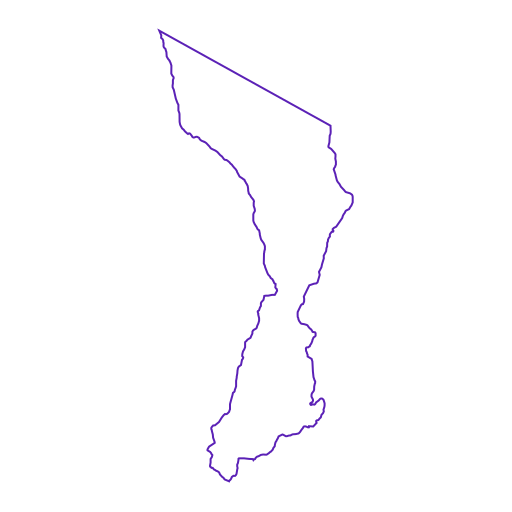 outline of Oreamuno, Cartago, Costa Rica
{"feature_id": "36466004B47119988095233", "entity_name": "Oreamuno", "entity_type": "district", "adm_level": 2, "iso_a3": "CRI", "parent_name": "Costa Rica", "parent_adm1": "Cartago", "projection": "robinson", "projection_center": [-83.868, 9.997], "detail": "fine", "context": "isolated", "style": "outline", "palette": "violet", "viewbox_px": 512, "rotation_deg": 0, "n_neighbors": 0, "source": "geoboundaries", "source_scale": "gbopen_adm2", "svg_char_len": 6096}
<svg xmlns="http://www.w3.org/2000/svg" viewBox="0 0 512 512"><path d="M330.5,125.7L159.3,30.7L161.3,35.4L161.1,37.8L162.6,39.2L163.2,40.4L163.3,42.2L163.6,43.0L163.5,46.1L163.8,47.1L164.2,47.7L165.5,49.0L165.9,50.7L166.4,52.1L166.7,56.5L168.0,58.8L169.6,60.7L169.6,61.1L170.4,62.5L171.4,65.6L171.3,73.6L172.3,75.6L173.4,76.9L173.6,77.4L173.6,78.3L173.0,79.7L172.9,80.7L172.9,83.5L172.6,85.3L172.6,87.2L173.8,89.8L175.8,98.6L177.4,102.9L178.4,104.8L178.4,110.5L179.3,112.9L179.5,114.1L179.6,121.9L180.1,124.5L180.5,125.5L182.1,128.4L183.7,129.7L184.9,131.3L187.4,133.6L188.0,134.0L188.8,133.4L189.6,133.4L190.1,133.7L191.8,135.8L192.1,136.5L192.6,137.1L193.4,137.5L194.1,137.5L196.1,136.8L197.0,136.8L198.5,137.5L199.1,137.9L199.8,139.3L200.9,140.3L202.1,141.0L204.1,141.7L204.3,142.0L204.7,142.0L206.3,143.1L209.5,146.5L210.7,148.2L211.6,148.8L215.4,150.6L217.4,152.0L220.2,155.1L222.0,156.5L224.1,159.3L224.9,159.8L226.5,160.0L227.4,160.6L229.5,162.3L230.4,163.5L231.9,164.7L232.5,165.6L234.3,167.8L235.4,168.9L236.8,170.9L237.0,171.8L239.6,176.6L242.7,178.6L243.3,179.2L244.4,179.7L244.7,180.8L245.0,181.0L246.3,183.5L246.9,184.2L247.2,185.1L247.4,185.3L247.7,186.0L248.1,188.5L248.2,190.8L248.5,192.1L248.7,192.6L248.7,193.3L249.2,194.1L249.9,194.8L251.2,197.1L253.4,199.8L254.0,201.3L253.7,202.8L253.7,205.8L254.7,208.8L254.9,210.6L254.8,211.2L253.6,213.3L253.3,214.5L253.3,220.4L253.6,221.8L254.8,224.4L255.0,224.5L255.9,226.1L256.2,226.3L257.5,229.0L257.8,229.4L259.1,230.3L259.8,233.6L259.8,234.6L260.7,238.3L261.2,239.7L263.5,242.9L264.3,244.5L264.9,246.2L264.9,249.5L264.6,250.0L264.6,250.7L264.3,251.2L264.3,252.2L264.0,253.4L263.8,263.5L264.9,265.9L265.1,267.1L267.4,273.0L268.2,274.6L269.8,276.3L270.7,278.0L272.5,279.3L272.8,280.1L273.3,280.7L273.3,281.1L273.7,281.7L274.2,283.0L274.8,283.6L275.5,283.8L275.6,284.6L275.3,287.3L276.0,288.5L276.8,289.1L277.1,290.8L274.8,294.9L271.9,294.9L268.0,295.7L265.7,295.7L264.3,295.9L263.5,299.8L261.2,302.4L260.9,303.4L260.9,306.0L260.0,307.4L259.0,310.4L257.9,311.1L257.7,311.7L258.0,313.0L258.4,313.8L258.2,314.5L259.1,318.1L259.1,320.8L258.3,323.5L257.2,325.9L256.7,327.8L256.0,328.6L253.7,329.9L252.9,330.7L252.4,331.8L252.4,333.4L252.2,334.0L251.3,335.8L250.5,337.8L247.4,339.7L246.6,340.8L245.3,341.9L245.1,342.4L245.1,347.2L244.2,349.4L243.0,351.4L242.3,354.1L242.2,356.1L243.2,357.3L243.2,357.8L242.7,359.0L242.0,359.8L241.0,365.0L238.8,366.6L238.0,368.0L237.5,370.6L237.3,373.4L236.7,376.8L236.7,377.7L236.1,380.8L236.1,386.3L235.6,387.9L234.9,389.7L234.6,391.3L234.2,391.9L233.0,392.8L232.8,393.5L232.6,394.6L230.2,403.3L230.0,404.3L230.0,409.3L229.6,410.2L229.1,411.8L227.7,413.3L226.8,414.0L225.6,414.2L225.0,414.0L223.7,415.1L221.8,417.5L219.0,422.0L215.0,425.3L213.1,425.5L211.8,427.0L211.3,427.9L211.3,429.1L211.8,430.1L211.8,430.7L212.8,434.5L213.1,437.7L214.4,441.3L214.7,442.3L214.7,442.9L209.1,446.6L207.8,448.8L207.4,450.0L207.6,450.4L210.1,451.9L211.1,453.1L211.5,454.1L212.3,454.9L212.3,455.5L211.7,457.4L210.7,458.7L210.6,459.2L210.6,462.6L210.0,465.8L210.1,466.6L211.1,467.3L211.5,467.9L212.7,467.9L213.9,469.4L215.3,470.1L216.2,470.8L217.4,471.2L218.8,472.1L219.6,473.4L219.9,474.4L222.2,476.9L223.5,477.8L224.2,478.9L224.8,479.5L229.1,481.3L229.4,480.5L230.2,480.0L231.1,478.8L231.8,477.0L233.4,475.8L235.0,475.9L235.8,475.2L236.5,473.9L237.3,469.1L237.6,468.1L237.2,466.2L237.2,464.6L237.9,463.1L238.4,460.4L238.5,458.7L239.0,458.3L243.8,458.3L249.0,458.9L253.0,459.1L253.4,460.0L253.7,459.6L255.0,459.1L255.6,458.0L256.5,457.1L257.2,456.6L258.6,456.2L260.9,454.9L263.2,454.5L264.1,454.5L264.9,454.7L266.4,454.7L266.9,454.5L269.2,452.9L269.7,452.3L270.8,451.7L272.7,449.7L273.4,447.9L274.7,446.3L274.9,444.7L275.5,442.3L276.5,440.8L277.1,439.4L277.7,438.6L278.6,436.4L282.4,434.5L283.1,434.7L285.8,436.2L286.9,436.2L288.7,435.6L290.6,435.4L291.5,434.8L292.8,434.3L295.7,434.1L298.4,433.5L298.9,433.2L300.1,431.9L301.7,429.5L302.8,428.2L303.4,427.0L304.1,426.4L305.5,426.4L306.5,426.7L308.1,427.4L308.9,427.3L309.0,426.2L313.2,426.5L316.6,422.9L316.2,421.9L316.2,420.9L316.7,420.4L318.2,420.1L318.7,419.7L319.6,418.5L320.8,417.4L321.5,414.8L323.0,413.2L323.8,411.4L323.5,409.7L324.4,406.8L324.6,405.2L324.6,403.3L324.2,401.9L323.5,399.8L322.7,399.0L321.9,398.5L320.6,398.6L320.0,399.0L318.7,400.5L316.1,402.4L315.3,403.9L314.5,404.6L312.1,404.3L311.6,404.9L310.8,404.9L310.2,404.0L310.2,403.5L310.5,403.1L312.5,401.9L313.0,400.7L313.0,399.9L312.7,399.0L311.5,396.7L311.5,395.0L311.7,394.0L312.1,393.1L313.6,391.1L314.1,389.8L314.2,386.5L314.8,383.7L315.1,383.2L315.2,381.3L314.6,380.4L313.5,377.1L312.9,371.3L312.4,361.5L311.6,358.9L307.6,356.5L307.6,354.7L307.0,353.4L306.8,352.3L306.1,351.0L305.9,348.3L306.3,347.6L306.8,347.4L308.3,347.3L308.8,346.8L309.8,346.3L310.0,345.4L311.3,343.4L312.2,341.3L312.6,339.5L313.2,338.5L313.3,337.9L313.7,337.3L315.1,336.4L315.6,335.7L315.6,333.2L315.0,332.3L312.6,331.9L311.9,330.5L311.0,329.3L309.8,328.4L308.7,327.1L307.5,325.4L306.7,324.9L304.3,324.2L301.4,323.7L300.8,323.3L299.1,320.9L298.4,319.2L298.3,318.2L297.7,316.9L297.6,313.8L297.7,312.0L300.9,305.3L301.8,304.3L303.0,304.1L303.9,302.1L304.1,301.5L304.2,298.9L303.8,296.6L309.3,285.3L314.0,283.7L316.3,283.4L317.5,282.4L319.7,274.9L319.0,271.9L321.4,267.3L322.0,264.4L323.8,258.4L323.7,255.7L326.1,251.2L326.5,248.0L327.1,246.6L327.2,242.8L327.9,241.3L328.0,239.7L328.8,237.9L329.9,236.6L329.8,234.9L330.0,234.1L331.7,231.8L332.9,231.8L333.3,231.4L333.4,230.8L332.7,229.9L332.7,229.1L333.9,227.9L336.2,226.7L341.9,218.5L342.3,217.8L342.8,216.0L343.6,214.4L344.9,212.6L345.4,211.3L346.2,210.5L349.1,209.1L350.6,206.5L351.3,205.7L352.7,202.4L352.7,196.9L352.5,195.8L352.0,194.7L350.9,193.9L350.0,193.3L345.9,192.1L345.2,191.5L344.1,190.1L340.9,186.7L339.5,184.1L337.7,181.9L336.9,180.4L335.6,175.5L335.5,174.6L333.7,169.2L334.3,167.9L335.2,166.7L335.4,165.6L335.9,164.7L335.9,161.5L335.3,158.7L335.5,156.3L335.5,154.3L334.8,153.1L331.6,149.4L331.0,148.8L328.9,147.5L328.4,146.9L328.4,146.1L329.4,142.4L329.7,135.7L330.5,133.9L330.6,132.9L330.7,131.7L330.5,125.7Z" fill="none" stroke="#5b21b6" stroke-width="2"/></svg>